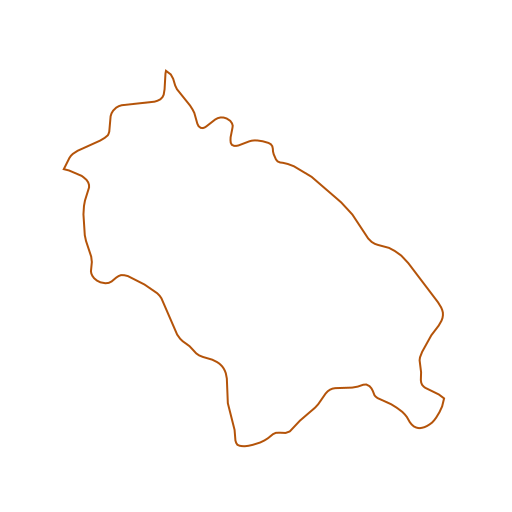 outline of Al Quassim, rotated 80°
{"feature_id": "SAU-846", "entity_name": "Al Quassim", "entity_type": "Region", "adm_level": 1, "iso_a3": "SAU", "parent_name": "Saudi Arabia", "parent_adm1": "", "projection": "mercator", "projection_center": [43.262, 25.97], "detail": "fine", "context": "isolated", "style": "outline", "palette": "amber", "viewbox_px": 512, "rotation_deg": 80, "n_neighbors": 0, "source": "natural_earth", "source_scale": "10m", "svg_char_len": 2654}
<svg xmlns="http://www.w3.org/2000/svg" viewBox="0 0 512 512"><g transform="rotate(80 256 256)"><path d="M428.9,95.5L436.4,98.8L441.6,102.4L446.3,106.5L448.6,108.9L450.6,111.5L452.0,114.3L453.1,117.1L453.8,119.8L454.0,122.1L454.0,124.1L454.0,124.4L453.6,126.1L452.7,128.1L451.2,130.2L448.9,132.0L446.3,133.4L440.7,135.4L437.8,137.0L434.9,139.0L429.8,143.8L425.5,148.6L417.0,161.0L415.1,162.7L413.7,163.5L409.2,164.4L406.4,165.3L403.9,166.8L401.7,169.7L401.4,172.7L402.3,178.5L402.3,184.2L399.9,200.9L399.9,203.7L400.5,206.3L401.7,208.9L403.6,211.4L412.8,220.5L415.5,224.0L425.7,241.2L434.5,253.0L434.7,253.5L435.4,257.6L434.1,263.5L433.6,267.2L434.4,270.2L437.6,276.0L439.1,279.7L440.4,284.3L441.4,291.9L441.6,296.4L441.4,300.1L440.8,302.8L440.0,305.1L438.7,307.1L436.5,308.0L434.1,308.3L423.6,307.3L396.1,309.3L371.6,306.0L366.2,306.1L363.6,306.6L361.1,307.4L358.8,308.5L356.9,309.8L355.4,311.0L353.6,312.9L350.5,317.1L346.2,325.8L344.0,329.3L341.5,331.8L333.3,337.1L327.2,343.0L324.3,345.1L319.7,347.3L281.2,356.5L278.4,357.8L275.6,359.7L264.7,370.8L253.5,385.7L252.0,389.2L251.4,392.3L251.9,394.8L253.0,397.4L256.0,402.6L256.9,405.7L256.7,409.0L254.9,413.8L252.6,416.9L249.8,419.3L247.1,420.6L244.7,421.2L242.4,421.2L233.4,418.7L228.0,418.4L211.6,420.8L205.8,421.0L185.0,418.7L176.8,416.7L171.7,414.8L159.5,408.5L157.0,408.1L154.3,408.5L151.6,409.7L148.5,412.2L146.9,413.7L139.3,425.3L137.1,430.2L127.0,422.7L125.1,420.8L123.6,418.6L121.4,413.4L115.3,389.5L113.4,384.5L111.4,381.0L111.2,380.8L109.9,379.9L108.0,378.9L93.1,374.9L90.4,373.5L88.0,371.4L85.6,367.9L84.6,365.0L84.2,362.1L86.4,329.1L86.0,326.1L85.1,323.0L83.3,320.5L81.1,318.9L76.0,317.1L60.7,313.5L58.0,312.5L62.4,308.4L67.1,306.8L74.0,306.0L78.0,304.9L96.4,294.8L100.8,293.0L104.4,291.9L115.5,290.8L118.2,290.0L120.2,288.2L120.8,286.1L120.5,284.2L119.8,282.5L114.5,272.5L113.6,269.7L113.4,266.9L114.0,263.9L115.5,261.0L118.4,257.9L121.2,256.6L123.6,256.3L125.6,256.9L134.7,260.4L137.5,261.0L140.1,261.2L142.3,260.5L143.7,258.5L144.1,256.2L144.1,254.2L143.9,253.1L141.9,242.6L141.7,240.1L141.9,237.5L142.4,234.8L144.2,229.4L146.8,224.1L148.5,222.0L150.7,220.9L153.3,220.8L156.0,221.1L158.9,220.9L164.3,219.6L166.6,218.3L168.1,216.0L168.9,213.3L170.9,208.7L174.2,203.1L187.7,187.5L218.0,162.8L231.9,153.9L258.2,142.5L262.2,139.7L264.7,136.8L266.3,133.9L271.1,123.6L275.2,118.4L280.8,112.9L289.4,107.3L333.2,84.8L338.8,82.6L341.5,82.0L344.2,81.8L346.8,82.2L349.4,83.1L352.0,84.6L356.3,88.2L364.5,97.1L379.2,109.0L384.3,112.1L387.1,113.0L399.1,113.6L406.8,115.2L409.4,115.3L411.7,114.8L413.8,113.5L415.2,112.2L424.1,100.0L428.9,95.5Z" fill="none" stroke="#b45309" stroke-width="2"/></g></svg>